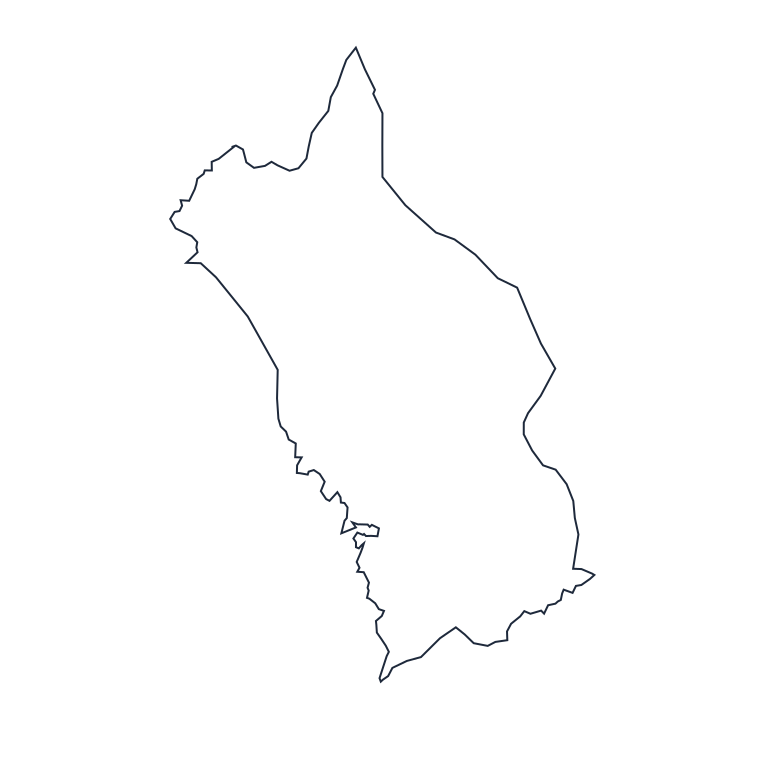 Melini, Larnaca, Cyprus (Natural Earth projection), rotated 231°
{"feature_id": "46923920B72059486162675", "entity_name": "Melini", "entity_type": "district", "adm_level": 2, "iso_a3": "CYP", "parent_name": "Cyprus", "parent_adm1": "Larnaca", "projection": "natural_earth1", "projection_center": [33.15, 34.867], "detail": "fine", "context": "isolated", "style": "outline", "palette": "slate", "viewbox_px": 768, "rotation_deg": 231, "n_neighbors": 0, "source": "geoboundaries", "source_scale": "gbopen_adm2", "svg_char_len": 2302}
<svg xmlns="http://www.w3.org/2000/svg" viewBox="0 0 768 768"><g transform="rotate(231 384 384)"><path d="M103.2,427.3L105.7,426.4L115.9,421.0L121.4,414.7L144.7,440.4L159.8,448.0L174.0,457.5L191.2,462.9L209.4,463.5L220.7,456.4L239.1,457.3L256.9,460.9L266.1,468.4L270.7,477.6L276.2,498.3L288.2,526.8L316.7,531.4L342.6,538.5L375.1,548.1L394.6,539.0L427.0,536.4L452.0,529.8L469.0,519.7L509.5,513.1L545.9,513.1L569.9,532.4L595.4,553.2L616.3,558.3L618.3,562.1L640.6,567.2L663.1,573.8L659.6,558.7L654.6,550.2L645.4,535.4L640.4,523.2L631.3,512.6L628.0,497.8L624.6,485.9L615.9,474.9L608.0,465.6L605.5,453.3L609.2,444.8L620.9,438.9L627.5,436.4L628.4,428.8L633.8,419.0L642.9,416.5L651.2,420.3L655.0,422.0L662.5,419.0L664.0,414.8L662.8,416.0L663.0,397.2L665.1,389.9L658.3,384.6L662.8,379.1L660.8,376.1L661.0,368.1L657.4,363.8L654.5,359.5L649.0,347.9L654.8,341.6L649.6,339.3L647.1,333.9L649.5,329.6L646.8,321.7L636.1,320.0L620.0,327.6L611.7,328.1L608.2,324.1L603.7,322.0L602.6,306.6L593.2,317.6L572.6,320.6L522.2,320.6L461.9,310.3L440.1,291.8L423.5,280.1L416.0,277.0L408.6,277.9L400.8,275.0L393.3,278.0L383.0,268.9L378.8,273.8L375.5,265.3L369.7,260.3L367.5,262.6L361.6,267.7L363.3,270.3L361.3,275.3L354.5,277.4L345.4,276.4L340.5,267.5L331.0,266.6L327.5,268.1L329.3,279.7L323.3,278.9L319.0,275.9L316.4,278.4L311.0,278.0L303.2,270.7L302.6,267.3L294.8,256.9L290.2,271.9L296.4,272.3L291.2,275.5L290.4,276.6L285.0,282.9L282.0,283.0L282.2,285.9L275.0,289.2L269.8,283.1L274.1,278.4L277.2,274.3L280.0,274.1L280.0,272.7L285.3,269.8L283.2,263.0L278.7,262.7L274.8,259.5L272.1,261.0L272.8,265.0L272.9,268.1L270.2,264.1L267.4,259.3L262.9,250.8L259.5,250.0L256.6,249.3L254.9,245.1L250.5,249.8L239.1,247.3L236.0,243.0L233.1,242.1L228.5,236.2L226.4,237.5L219.1,239.2L212.3,238.3L207.7,241.2L205.1,236.3L204.9,228.6L201.8,226.6L195.3,222.0L188.0,221.5L179.5,220.7L172.8,219.2L170.8,214.8L158.2,195.4L154.7,194.2L154.9,197.1L154.4,203.4L158.1,211.9L154.4,227.5L148.5,240.9L151.2,267.6L149.7,286.7L138.6,289.1L126.1,290.6L115.2,299.8L113.5,308.2L107.3,318.6L114.3,323.9L117.7,331.9L117.7,343.7L119.2,350.1L113.3,353.2L109.0,363.5L104.8,363.9L108.8,372.3L105.4,379.0L105.6,382.2L104.9,385.5L109.1,390.6L111.1,394.2L103.0,399.1L106.3,406.1L103.6,410.9L102.9,421.4L103.2,427.3Z" fill="none" stroke="#1e293b" stroke-width="2"/></g></svg>